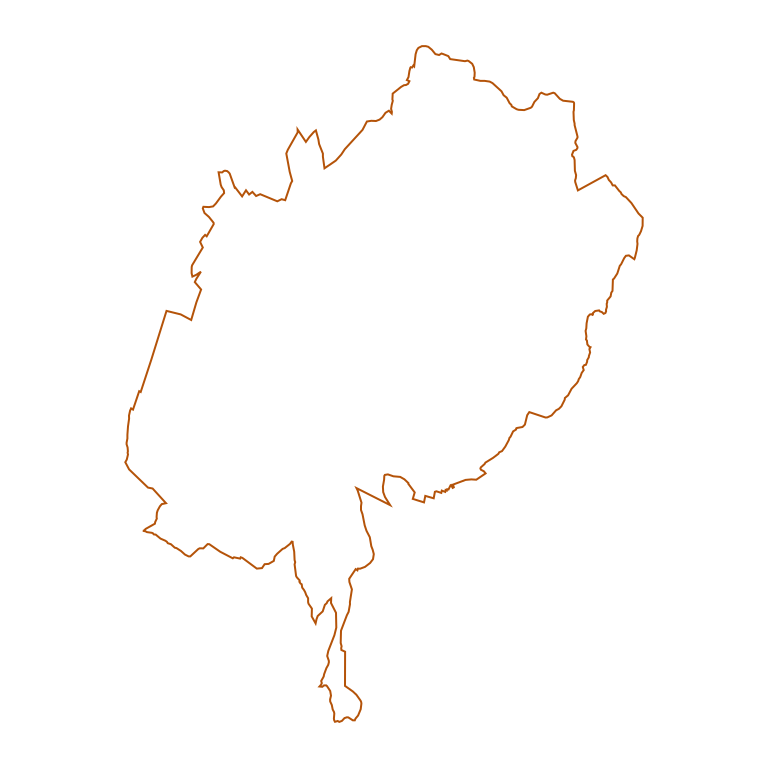 the district of Tlacotepec de Benito Juárez, Puebla, Mexico
{"feature_id": "50627088B64000676175111", "entity_name": "Tlacotepec de Benito Juárez", "entity_type": "district", "adm_level": 2, "iso_a3": "MEX", "parent_name": "Mexico", "parent_adm1": "Puebla", "projection": "equal_earth", "projection_center": [-97.63, 18.634], "detail": "fine", "context": "isolated", "style": "outline", "palette": "amber", "viewbox_px": 768, "rotation_deg": 0, "n_neighbors": 0, "source": "geoboundaries", "source_scale": "gbopen_adm2", "svg_char_len": 6075}
<svg xmlns="http://www.w3.org/2000/svg" viewBox="0 0 768 768"><path d="M354.8,720.3L355.5,718.6L358.1,715.5L360.7,709.2L361.4,703.6L361.2,702.1L360.6,700.7L356.5,694.9L352.9,691.5L345.0,685.9L345.1,651.7L341.4,650.0L341.2,648.2L341.6,646.2L340.7,643.0L341.0,630.7L346.9,615.2L348.6,611.9L350.0,604.2L349.9,602.1L351.9,589.4L349.4,582.0L349.2,578.8L355.7,569.1L357.4,570.3L357.9,568.6L360.1,568.7L365.0,566.9L370.1,563.0L373.0,559.2L373.8,554.1L372.7,549.8L371.3,546.2L369.8,537.2L366.5,530.8L364.7,525.4L362.5,514.2L361.0,510.0L361.0,506.1L361.5,502.7L357.7,490.6L356.5,488.1L390.1,505.1L385.0,497.0L383.2,492.1L382.9,486.6L384.1,479.7L384.3,475.9L384.9,474.9L387.9,474.4L393.4,476.3L400.2,476.9L404.4,479.3L408.4,483.1L408.3,483.8L414.7,492.4L412.8,498.9L424.0,502.4L425.3,495.9L433.7,498.3L434.9,491.8L436.4,491.3L441.3,492.9L441.8,490.6L445.2,491.9L445.6,490.0L446.8,490.6L447.2,489.2L448.5,489.5L450.6,485.2L451.0,485.0L452.7,487.9L453.8,487.3L453.0,484.6L465.6,479.9L471.3,479.4L476.3,479.7L485.6,473.4L483.9,471.3L480.9,469.7L480.4,468.5L480.8,467.4L484.6,464.0L485.4,462.6L493.0,457.9L498.4,453.8L499.2,452.3L502.0,451.1L505.3,446.6L508.8,440.1L509.5,437.8L510.5,436.8L513.1,431.4L516.1,429.5L516.2,428.4L516.9,428.0L522.5,427.0L524.9,424.6L527.2,415.2L529.3,412.1L545.5,417.5L547.3,417.4L551.6,415.4L556.1,410.3L558.8,408.9L561.4,406.3L564.7,399.7L564.9,398.0L568.1,395.3L571.6,388.7L576.8,383.2L578.1,381.2L578.8,379.1L580.2,377.1L581.7,372.9L583.7,370.1L582.8,367.0L584.3,365.1L585.9,364.8L587.1,361.8L587.2,360.1L588.8,357.3L588.9,356.0L590.1,352.5L589.4,349.1L590.5,347.2L589.4,346.8L587.4,344.5L586.9,340.5L586.0,339.5L586.4,336.3L585.6,330.9L586.3,328.3L586.6,323.3L587.9,316.7L589.8,314.5L591.4,314.2L592.5,314.9L592.9,314.6L593.0,313.0L595.2,311.0L599.1,310.4L599.7,311.3L601.9,312.1L603.7,313.8L605.4,313.0L606.1,311.3L606.0,309.8L606.9,306.9L606.7,303.8L607.2,302.4L607.2,300.5L610.6,296.4L611.3,292.6L612.5,290.9L612.9,279.5L614.0,278.6L617.3,273.5L619.8,265.8L621.1,264.3L624.2,258.1L625.9,255.8L628.9,255.4L634.3,259.2L634.8,258.0L636.7,250.3L637.5,243.9L637.2,241.4L637.4,238.4L638.1,236.0L639.2,234.9L641.0,231.2L642.6,225.9L642.7,217.7L638.5,213.5L631.4,203.0L625.9,197.1L623.7,196.1L621.5,194.0L620.8,192.4L619.2,190.9L614.9,185.4L612.7,185.4L611.1,182.4L608.8,179.9L607.5,177.0L605.6,175.2L577.9,190.4L575.2,181.9L575.1,180.3L575.8,178.2L576.1,175.1L574.9,170.8L574.6,160.0L574.0,157.7L573.4,156.7L572.4,156.3L572.0,154.7L573.5,150.9L576.3,149.8L577.4,148.1L577.5,147.1L575.3,142.9L575.5,141.1L577.5,137.6L577.5,136.5L574.6,125.1L574.6,123.6L573.8,120.0L573.5,111.8L573.9,110.2L574.1,103.5L573.9,102.5L572.9,101.8L563.1,100.7L559.8,98.8L554.7,93.2L553.2,92.7L547.2,94.7L545.3,94.5L541.4,92.7L539.5,94.0L537.9,98.2L534.4,101.9L532.0,106.7L530.7,107.8L524.2,110.1L518.5,109.8L516.6,109.2L511.8,106.4L511.3,104.8L509.6,103.2L506.7,97.7L503.6,95.2L501.5,91.3L492.5,83.1L489.7,81.6L484.8,80.9L480.5,80.9L474.2,79.5L473.9,77.8L474.5,76.8L474.7,72.7L473.8,67.2L472.2,63.8L468.6,61.0L467.4,60.6L465.0,61.2L450.2,59.1L448.3,56.1L443.0,54.0L441.5,53.5L439.1,55.0L435.4,54.1L431.8,49.7L428.3,46.8L425.7,46.1L422.0,46.1L418.4,47.9L416.8,50.2L415.6,54.2L414.2,66.3L413.4,65.4L412.1,67.5L410.7,67.2L410.3,67.8L409.4,71.1L408.5,77.1L406.9,80.1L409.4,81.2L408.1,83.8L406.0,85.0L404.0,85.2L401.1,86.9L392.7,93.6L392.4,99.4L392.8,100.8L391.7,104.9L391.1,108.9L391.9,111.9L391.7,113.6L388.9,110.7L385.5,112.8L382.4,117.2L379.6,119.6L376.0,121.0L371.3,120.8L366.9,121.5L362.5,129.9L344.8,149.2L341.3,154.5L335.8,160.6L324.5,168.3L322.9,156.7L322.9,153.6L319.1,144.0L318.4,139.5L315.9,130.4L313.7,132.1L309.3,137.1L305.9,141.9L297.6,129.5L297.7,132.3L287.8,149.8L286.3,153.5L289.7,171.8L292.2,181.0L290.9,183.3L285.2,200.2L281.6,199.2L277.3,201.3L260.2,194.2L256.1,196.0L252.4,191.9L249.1,194.5L246.0,190.3L242.1,196.4L235.1,187.3L234.7,187.6L229.7,173.6L228.6,172.3L227.2,171.1L225.0,170.7L223.7,171.1L222.2,172.4L218.6,172.3L220.7,184.6L221.6,187.1L223.8,190.3L224.1,193.1L220.9,196.7L215.9,203.5L213.1,206.4L209.0,207.1L203.4,206.8L202.8,208.4L204.5,213.0L209.0,217.0L213.6,222.8L213.7,224.1L206.7,236.3L205.1,234.9L202.4,237.8L200.1,241.9L202.8,247.5L192.1,265.3L191.7,267.0L191.6,273.1L192.4,276.6L196.3,274.8L200.9,271.7L196.3,278.9L194.8,282.1L201.1,289.5L196.4,302.3L191.2,320.0L180.7,314.4L166.5,310.9L151.4,359.4L140.7,392.0L139.2,391.2L133.0,409.6L131.1,408.4L130.1,410.6L129.0,415.6L129.1,418.6L128.0,426.4L127.4,434.8L127.4,438.5L126.6,442.7L126.6,444.3L127.6,447.5L127.9,451.3L127.6,452.8L128.0,454.4L126.8,459.5L125.3,462.2L129.1,469.4L148.0,487.6L152.6,488.5L166.0,503.2L161.8,504.1L159.9,506.3L157.7,510.3L156.9,512.8L156.6,517.1L156.8,518.6L155.2,522.0L154.9,523.7L145.8,528.8L143.7,530.8L142.8,530.8L145.5,531.3L146.9,532.1L151.8,532.8L152.8,533.2L153.8,534.4L155.7,534.6L160.5,538.6L165.3,540.7L166.8,541.7L167.8,543.2L170.9,544.2L174.8,547.7L176.5,548.1L181.0,551.0L185.0,554.6L188.6,556.4L190.3,556.4L198.3,549.0L199.7,548.3L203.3,548.4L207.6,544.1L209.3,544.2L220.3,551.8L232.8,558.3L234.0,557.3L240.1,558.6L240.7,557.3L242.4,557.9L256.8,568.6L262.0,568.1L264.6,564.2L268.6,563.9L273.8,560.9L274.7,556.6L277.1,553.8L282.6,548.9L284.7,548.1L290.0,543.9L291.7,541.6L292.6,541.8L292.8,544.4L294.2,551.7L294.6,560.1L295.2,562.1L294.6,564.4L296.1,576.0L296.8,577.3L299.6,580.4L299.8,581.2L299.4,581.8L300.5,583.5L301.7,584.3L302.2,587.6L304.0,590.0L305.2,592.2L306.2,595.0L308.1,598.2L308.1,602.1L308.5,603.7L311.9,608.6L311.7,616.4L315.6,623.4L316.5,619.3L317.7,616.0L322.7,611.4L324.9,604.8L326.7,603.2L327.5,601.4L331.2,598.2L331.0,603.0L336.0,612.8L336.3,627.6L334.4,635.2L328.3,650.9L327.2,656.0L328.8,660.7L328.9,662.2L328.2,664.9L326.4,668.1L324.1,674.3L323.7,676.5L321.2,681.0L321.8,683.1L321.1,684.7L319.5,686.5L322.3,686.8L324.0,685.4L326.2,685.4L327.0,686.1L330.2,691.0L331.0,695.7L330.1,699.4L330.2,701.5L331.8,705.0L332.7,709.5L334.0,712.0L334.3,713.6L333.9,718.7L334.2,720.3L335.0,721.8L337.7,721.0L339.3,721.9L341.9,720.9L344.5,718.1L346.9,717.3L348.3,717.4L352.8,720.3L354.8,720.3Z" fill="none" stroke="#b45309" stroke-width="2"/></svg>